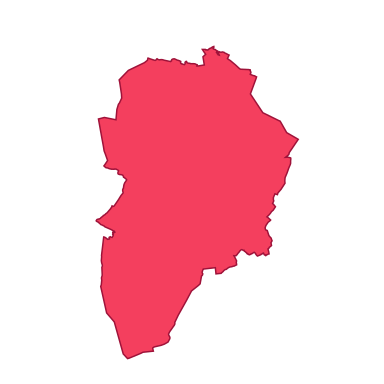 the district of Bykle nor, Aust-Agder, Norway, rotated 343°
{"feature_id": "86288312B46813879091591", "entity_name": "Bykle nor", "entity_type": "district", "adm_level": 2, "iso_a3": "NOR", "parent_name": "Norway", "parent_adm1": "Aust-Agder", "projection": "mercator", "projection_center": [7.279, 59.427], "detail": "fine", "context": "isolated", "style": "filled", "palette": "rose", "viewbox_px": 384, "rotation_deg": 343, "n_neighbors": 0, "source": "geoboundaries", "source_scale": "gbopen_adm2", "svg_char_len": 5841}
<svg xmlns="http://www.w3.org/2000/svg" viewBox="0 0 384 384"><g transform="rotate(343 192 192)"><path d="M287.4,100.8L286.3,99.8L286.0,99.3L284.2,98.3L283.5,97.6L282.8,97.2L282.7,96.9L282.1,96.4L282.3,96.1L283.2,95.1L283.3,94.8L283.3,93.8L283.0,93.0L283.3,92.8L283.4,92.2L282.0,91.5L274.4,88.8L274.1,88.6L273.2,87.4L270.7,83.1L267.2,77.7L265.7,75.9L264.9,74.8L267.5,71.9L266.8,71.3L266.0,70.4L265.4,70.0L264.9,69.3L264.4,69.0L263.6,68.2L263.5,67.8L261.9,66.9L260.7,66.9L259.8,66.4L259.3,66.3L259.1,65.8L258.7,65.8L257.8,66.8L257.7,67.1L258.1,68.8L258.1,69.1L257.0,68.3L257.0,68.2L257.2,68.3L257.2,68.1L256.7,67.4L256.7,67.2L256.5,66.4L256.6,66.1L256.7,65.9L256.4,65.7L256.7,65.5L256.7,65.3L257.1,65.2L257.1,64.9L257.2,64.7L257.6,64.8L257.7,64.6L256.8,64.1L256.3,63.1L255.8,62.5L255.0,62.1L254.1,61.1L254.5,60.8L255.3,59.9L255.4,59.2L253.9,59.3L253.7,59.3L252.9,59.7L251.8,59.9L251.6,59.8L251.1,60.0L250.6,59.9L249.3,60.6L248.5,60.8L247.6,60.3L246.9,60.3L246.7,60.0L246.6,59.7L246.4,59.5L243.6,58.7L244.0,60.1L244.1,60.6L245.3,64.3L242.0,65.9L240.9,74.1L234.9,73.3L233.7,73.0L233.5,72.9L233.8,72.6L234.2,71.9L234.1,71.7L233.2,71.2L232.6,70.5L231.7,70.0L228.6,69.0L228.4,69.0L227.6,68.3L226.9,68.1L225.6,67.4L224.9,66.7L224.9,66.0L225.0,65.6L224.8,65.4L224.3,65.4L223.3,65.9L223.1,66.4L223.1,67.0L222.7,67.5L222.1,68.0L221.7,67.8L219.7,66.6L219.5,66.4L219.6,66.2L218.9,65.8L218.8,65.5L218.9,65.1L219.0,64.6L219.4,64.0L219.4,63.8L218.8,63.3L218.6,63.0L217.1,61.9L216.6,61.7L215.0,60.2L214.1,59.5L212.8,59.2L211.8,59.3L211.2,59.6L210.7,60.6L210.1,60.6L209.7,61.0L204.2,58.0L202.4,56.8L201.0,56.3L199.5,56.1L197.8,55.0L197.6,54.4L197.2,54.4L196.0,55.3L195.2,55.4L190.4,52.1L189.7,51.4L189.0,51.1L187.9,53.0L184.3,54.4L166.7,57.1L155.1,63.5L154.9,66.2L153.2,77.6L152.2,81.7L148.6,85.7L147.3,86.6L144.3,91.1L140.4,100.7L130.0,95.1L123.9,94.8L122.4,107.2L122.1,109.9L122.0,110.5L120.6,122.6L120.0,126.9L120.0,127.5L120.2,130.1L120.5,137.2L117.0,140.1L116.9,140.2L115.4,141.3L115.8,142.1L116.9,143.7L118.1,144.2L118.6,144.6L118.8,144.7L119.5,145.4L121.6,146.6L124.3,147.5L124.7,147.4L125.4,147.6L125.6,147.8L126.2,148.0L127.7,149.6L127.8,149.9L128.0,150.1L127.9,150.4L127.4,150.9L127.0,151.5L126.9,151.7L126.7,152.1L126.6,152.6L126.6,153.0L127.0,153.5L127.8,154.1L129.7,154.9L130.7,155.7L130.8,156.1L131.0,157.7L131.1,157.9L131.0,158.0L131.8,158.7L131.9,159.2L132.9,160.6L133.1,161.0L132.9,161.5L130.4,163.5L129.3,164.8L128.8,165.6L127.7,167.9L127.5,168.2L127.5,168.4L126.9,168.8L126.3,169.7L126.0,170.8L126.0,172.2L125.9,172.6L125.6,172.9L123.1,174.6L119.1,178.1L113.6,182.5L113.1,182.7L112.4,182.7L111.5,181.9L110.9,182.7L110.7,183.0L110.6,183.4L110.0,183.5L109.3,184.0L109.2,184.3L108.9,184.4L108.6,184.7L108.1,184.9L104.7,187.1L102.9,187.7L102.5,188.1L101.1,188.5L100.4,188.5L100.2,188.8L98.8,189.4L97.4,189.9L96.8,190.4L95.1,190.7L94.8,190.5L93.2,190.5L92.8,190.7L92.0,191.4L92.0,191.6L92.0,191.9L93.0,193.0L93.5,193.3L93.8,193.9L93.9,194.2L94.3,194.7L94.8,195.5L95.1,196.3L97.1,197.9L97.2,198.2L97.9,198.7L98.5,199.8L103.6,204.2L105.4,206.1L105.5,206.3L106.2,206.7L106.4,207.3L106.4,208.0L106.0,208.1L104.4,207.4L104.2,207.9L104.2,208.3L104.4,208.4L104.5,208.7L104.5,208.9L104.3,209.3L104.0,209.3L103.7,209.5L103.8,210.0L104.1,210.3L103.4,211.2L102.3,212.1L101.0,211.3L100.8,210.9L99.6,211.1L99.4,211.3L99.4,212.7L99.1,212.8L98.5,212.6L98.0,212.7L97.4,212.6L97.2,212.1L97.0,211.8L96.6,211.5L96.5,211.2L96.4,210.9L95.2,209.6L94.4,209.2L86.9,226.3L86.7,227.4L85.2,231.2L85.1,232.0L84.9,233.3L84.9,235.6L84.6,236.7L83.8,237.6L81.8,245.4L80.3,247.7L79.9,250.0L78.1,254.3L77.1,255.6L75.0,282.7L79.7,293.5L78.9,326.8L81.7,332.5L83.6,332.5L96.0,331.3L98.3,330.9L108.5,332.9L108.7,329.9L109.1,329.5L110.7,329.1L117.6,329.6L121.1,329.4L125.2,328.5L127.9,325.8L128.4,324.4L128.1,322.9L127.9,321.9L128.1,320.9L129.8,319.1L136.0,314.3L136.8,313.5L137.3,312.4L137.4,311.7L142.8,305.8L154.7,294.4L162.0,287.1L162.3,286.8L162.3,286.6L170.9,283.2L172.9,282.2L176.6,275.0L177.1,274.9L177.7,274.5L178.1,274.0L178.1,273.7L178.4,273.2L178.2,272.8L178.1,272.3L178.4,271.3L178.8,270.9L179.1,270.3L179.8,269.5L180.2,269.3L180.3,269.0L192.2,271.2L191.0,277.3L196.1,278.3L196.5,278.0L198.6,277.1L199.4,276.5L200.3,276.1L201.1,275.9L202.1,276.0L204.7,275.0L206.1,274.8L208.4,275.1L210.0,275.0L210.5,275.2L213.4,274.7L213.6,273.8L213.7,272.4L214.5,270.9L214.0,267.7L213.7,266.3L213.5,265.2L214.5,265.6L215.5,265.8L216.1,265.3L216.5,265.3L217.0,264.9L218.0,264.1L219.1,263.5L220.5,262.4L221.7,261.8L222.5,261.6L223.1,261.8L223.9,262.8L224.7,262.9L224.7,263.0L224.7,263.3L224.8,264.0L225.5,264.6L225.9,265.5L226.4,266.0L226.5,266.2L226.4,266.5L226.8,267.1L227.1,267.2L227.2,267.3L227.0,267.5L228.4,268.8L229.2,268.8L229.6,268.7L230.0,268.8L230.3,268.4L230.5,268.3L231.4,268.5L233.8,267.8L234.3,268.4L234.5,268.9L234.8,269.5L234.7,269.7L235.3,271.4L235.6,272.0L235.9,272.4L239.5,272.1L239.9,271.7L240.6,271.8L242.2,271.2L242.4,271.2L242.6,271.5L242.6,272.5L242.8,273.2L243.0,273.5L243.6,273.5L243.8,273.9L244.0,274.4L245.0,273.9L246.0,273.9L247.1,273.6L247.6,273.7L247.8,272.2L247.9,271.7L248.0,268.7L249.2,268.2L249.7,267.5L251.3,267.0L252.4,266.4L252.7,263.6L254.3,262.1L254.2,260.6L254.2,259.2L253.3,257.4L252.8,256.1L252.7,250.8L252.0,250.4L251.7,249.9L251.4,249.7L251.3,248.8L251.5,247.5L252.3,246.5L252.6,245.9L255.9,243.2L258.7,242.1L259.0,241.8L256.8,238.1L256.4,237.7L259.2,236.3L261.4,234.8L262.1,234.1L264.4,233.1L267.5,230.5L266.3,227.5L265.7,226.6L267.6,224.4L267.6,223.1L268.2,221.1L270.8,218.0L272.9,219.5L273.9,218.0L277.9,215.5L283.5,210.8L284.0,208.5L285.2,205.5L288.3,201.8L291.7,197.2L294.0,194.5L294.7,193.4L295.4,191.1L296.2,189.2L296.3,188.2L294.0,186.8L291.6,186.2L295.5,184.5L296.6,182.7L309.0,172.7L299.9,162.9L297.0,150.0L295.8,149.0L282.9,136.9L276.5,115.3L286.3,102.4L287.4,100.8Z" fill="#f43f5e" stroke="#9f1239" stroke-width="1.5"/></g></svg>